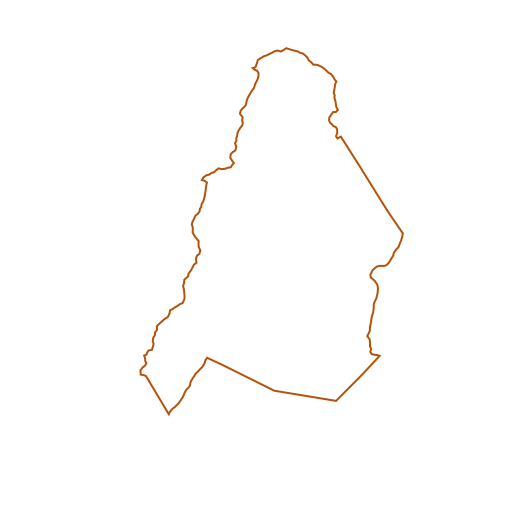 outline of São Fidélis, Rio de Janeiro, Brazil, rotated 148°
{"feature_id": "56859067B2768283768004", "entity_name": "São Fidélis", "entity_type": "district", "adm_level": 2, "iso_a3": "BRA", "parent_name": "Brazil", "parent_adm1": "Rio de Janeiro", "projection": "mercator", "projection_center": [-41.783, -21.671], "detail": "fine", "context": "isolated", "style": "outline", "palette": "amber", "viewbox_px": 512, "rotation_deg": 148, "n_neighbors": 0, "source": "geoboundaries", "source_scale": "gbopen_adm2", "svg_char_len": 3347}
<svg xmlns="http://www.w3.org/2000/svg" viewBox="0 0 512 512"><g transform="rotate(148 256 256)"><path d="M119.5,197.3L120.6,223.9L120.6,235.7L120.5,277.6L120.8,312.3L124.6,312.5L124.6,315.2L121.6,317.6L120.0,320.8L120.0,323.1L121.4,324.9L121.8,327.2L122.5,330.2L122.1,332.5L120.5,334.5L117.3,336.0L114.4,337.2L111.9,335.8L109.2,336.5L108.9,339.8L107.8,342.5L106.6,345.2L105.7,348.6L104.2,350.4L103.7,353.1L101.6,355.4L99.7,357.5L98.0,359.6L95.4,361.4L95.7,364.1L95.6,367.3L96.0,370.6L97.4,373.0L98.1,376.1L99.0,379.0L100.1,381.7L102.3,385.0L103.9,386.6L106.0,387.8L106.5,391.1L107.5,393.7L107.3,397.2L107.9,399.8L109.0,402.9L111.1,405.2L112.3,407.6L114.1,409.3L116.5,411.8L118.6,414.2L120.3,416.2L123.2,416.0L126.6,416.2L128.9,418.9L132.0,419.8L134.4,419.8L138.0,420.3L140.2,420.4L143.3,421.2L147.1,421.3L150.6,421.2L153.9,418.3L156.5,416.4L159.2,417.1L158.5,414.7L156.9,412.5L156.9,410.0L158.3,407.6L160.4,405.4L163.1,403.8L166.1,401.9L168.5,399.6L172.3,398.1L176.3,396.1L179.6,394.2L182.0,392.2L184.6,389.5L186.9,388.6L189.7,388.2L192.3,387.1L194.2,385.1L193.8,380.8L196.0,378.2L196.7,375.8L198.6,374.0L201.4,373.0L204.5,371.5L206.7,369.9L208.4,367.8L210.4,366.3L211.4,364.2L213.9,362.9L214.9,359.0L217.7,356.4L220.6,356.5L223.7,355.6L225.8,352.8L225.7,349.2L225.5,346.5L228.1,345.8L230.4,344.6L232.9,345.7L235.9,346.3L239.0,347.8L241.4,350.2L244.5,349.8L247.0,349.3L250.0,350.0L252.8,349.8L254.9,350.7L258.7,350.6L261.6,349.1L259.7,347.0L258.7,344.3L260.3,342.7L262.5,340.2L264.2,338.0L266.0,336.0L268.4,333.3L271.8,330.2L274.5,329.0L276.5,326.6L278.6,325.7L280.1,323.8L283.1,322.6L286.0,322.3L288.0,320.9L290.3,319.5L292.3,318.2L293.9,316.5L294.3,314.1L295.5,312.1L297.3,309.4L297.5,305.6L297.2,302.5L296.7,299.1L298.4,296.6L299.8,294.0L300.2,290.3L302.9,287.8L305.8,287.6L308.4,285.5L310.2,281.7L313.1,281.6L315.9,279.9L318.9,278.2L322.4,276.9L324.4,274.6L326.5,274.4L329.4,273.8L331.3,271.3L333.8,269.1L334.8,265.9L336.3,262.8L337.9,259.8L339.4,257.5L343.0,255.0L346.5,255.5L349.3,255.2L351.8,255.4L354.9,255.2L357.7,255.5L359.7,253.2L363.0,251.0L366.8,251.0L370.5,250.4L374.7,249.6L377.3,249.0L379.0,245.9L382.3,244.6L383.4,242.6L386.3,241.2L388.7,238.6L389.4,235.7L391.6,233.6L394.0,231.6L397.3,232.8L399.4,231.7L401.5,230.3L403.6,230.8L404.2,228.2L405.6,225.5L405.9,223.1L408.2,221.8L411.2,221.6L414.7,220.1L416.6,216.5L414.3,214.4L412.9,212.4L413.8,168.0L412.0,169.3L409.9,170.1L407.4,170.8L405.0,170.8L402.5,171.5L399.6,172.1L396.4,173.5L393.0,175.1L390.9,176.4L388.8,178.0L385.6,179.7L382.7,180.2L380.7,181.2L378.0,184.0L374.2,186.0L371.6,187.1L369.7,188.2L367.0,188.6L364.0,189.5L360.5,190.3L357.2,191.8L354.0,194.5L351.4,195.6L342.3,181.6L318.1,142.2L311.9,132.1L295.8,117.9L264.9,90.7L228.7,99.2L204.1,105.8L205.7,107.7L207.9,109.5L209.9,111.5L209.9,114.2L207.7,115.9L207.2,119.0L205.3,121.9L203.8,125.0L204.1,129.1L201.4,130.7L199.1,132.3L196.8,135.7L193.9,138.5L191.9,141.0L189.7,143.5L187.5,145.2L185.6,147.1L183.9,149.3L181.9,152.4L179.3,154.6L176.6,156.1L174.7,158.0L172.8,159.8L171.0,162.1L169.6,164.1L168.3,167.4L168.5,171.9L169.2,174.4L170.1,177.1L168.9,179.5L166.9,180.8L164.5,182.2L161.6,182.7L159.1,183.0L156.1,182.0L152.7,179.7L150.3,179.1L146.8,179.9L142.6,182.1L139.5,183.6L137.6,185.5L134.2,187.1L130.5,188.0L127.5,190.3L124.9,192.1L122.6,194.1L119.5,197.3Z" fill="none" stroke="#b45309" stroke-width="2"/></g></svg>